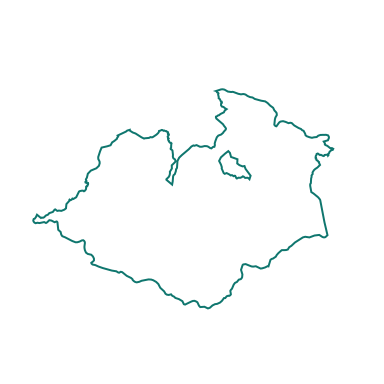 the district of Kambove, Katanga, Democratic Republic of the Congo, rotated 18°
{"feature_id": "63176286B84034630662614", "entity_name": "Kambove", "entity_type": "district", "adm_level": 2, "iso_a3": "COD", "parent_name": "Democratic Republic of the Congo", "parent_adm1": "Katanga", "projection": "albers", "projection_center": [26.544, -11.235], "detail": "fine", "context": "isolated", "style": "outline", "palette": "teal", "viewbox_px": 384, "rotation_deg": 18, "n_neighbors": 0, "source": "geoboundaries", "source_scale": "gbopen_adm2", "svg_char_len": 6022}
<svg xmlns="http://www.w3.org/2000/svg" viewBox="0 0 384 384"><g transform="rotate(18 192 192)"><path d="M273.6,98.2L268.6,97.1L265.5,95.6L264.0,95.8L262.5,96.7L259.4,96.4L256.7,96.5L254.7,97.5L254.1,98.0L253.4,99.0L252.0,103.4L251.0,103.5L249.5,102.6L248.4,97.3L248.3,95.3L248.9,92.6L248.1,90.8L246.9,89.9L245.2,89.0L243.1,86.8L239.7,85.7L236.4,84.0L233.6,83.2L229.5,83.8L222.9,84.1L220.4,83.4L217.8,83.8L215.1,83.5L212.9,82.8L211.6,82.8L210.4,83.0L208.4,84.0L205.7,84.3L200.6,84.1L199.6,84.2L198.4,84.8L195.1,85.4L191.3,84.6L189.5,84.8L188.0,85.4L183.7,88.5L184.0,88.5L185.1,89.5L186.1,89.6L186.7,90.0L186.7,91.2L188.1,93.5L188.4,94.6L189.8,95.1L191.5,97.0L192.3,96.9L192.9,97.9L192.3,98.7L192.8,100.5L194.0,101.5L195.7,101.4L197.7,102.2L199.3,102.5L198.0,104.3L197.7,106.4L195.0,109.0L194.0,110.6L193.2,111.0L192.5,112.1L191.5,112.9L191.6,113.5L192.4,114.6L200.6,118.0L201.9,119.1L203.9,120.4L204.7,121.2L204.8,122.2L203.5,125.1L203.3,126.1L202.0,128.3L199.6,130.2L198.7,132.3L198.5,136.5L198.6,138.8L199.3,140.4L199.3,142.1L198.6,142.3L197.9,142.9L197.0,144.5L195.8,144.6L193.4,143.9L192.1,143.8L189.8,144.4L187.4,145.9L186.5,146.2L185.5,146.5L181.9,146.0L179.9,147.3L178.9,147.3L177.4,148.9L175.8,152.2L170.9,160.1L169.2,163.3L168.6,167.0L170.2,173.4L170.2,174.4L169.8,175.3L170.2,177.2L170.1,180.4L169.3,181.6L169.2,182.9L170.4,188.0L170.8,191.1L163.9,188.3L163.7,187.8L165.3,184.7L165.5,182.8L165.2,180.7L164.7,179.7L165.6,175.9L164.5,172.9L166.3,169.5L166.8,168.3L166.7,167.5L165.8,166.3L163.9,165.7L162.9,164.4L162.4,162.5L160.6,158.6L159.4,157.9L158.6,157.9L158.2,157.1L158.4,156.2L157.6,153.4L157.5,152.1L156.7,151.7L156.2,152.0L155.6,151.8L154.3,151.0L154.1,150.2L153.3,149.9L152.7,148.6L153.1,148.2L151.9,147.2L151.7,146.6L152.3,145.4L152.2,144.4L151.3,144.5L151.0,144.1L151.0,143.1L150.6,142.5L149.7,142.5L148.9,142.0L147.9,142.3L146.6,142.1L145.9,142.6L144.9,142.2L143.9,142.4L143.0,143.4L141.8,144.1L141.9,145.5L141.5,146.6L140.5,148.4L138.0,151.6L137.1,152.4L135.6,152.6L134.3,153.9L130.5,155.5L129.9,156.0L127.1,155.6L120.2,153.8L117.2,153.7L113.8,152.8L113.6,152.1L111.4,153.6L110.5,155.0L103.9,161.2L104.6,161.6L104.7,162.1L104.1,163.2L104.2,164.5L102.4,167.4L100.7,169.5L100.1,172.7L97.3,174.7L92.3,177.7L92.0,181.6L92.0,187.7L92.7,189.6L94.6,191.5L95.3,193.1L95.4,195.8L93.7,199.0L89.2,202.9L87.3,206.8L87.6,210.8L87.2,212.7L87.3,213.2L88.3,214.2L87.5,215.4L87.8,215.9L89.3,216.0L90.3,215.6L90.7,216.3L90.8,217.0L90.3,218.3L90.6,218.5L90.2,219.4L89.7,219.7L90.3,221.9L89.9,223.6L89.0,224.7L87.9,224.4L87.0,224.7L85.2,225.7L84.4,226.5L83.5,232.8L81.3,235.3L80.3,235.2L79.9,236.5L78.9,237.4L77.9,237.1L77.8,237.5L78.1,238.2L76.3,242.3L77.2,246.5L76.1,248.2L73.6,250.3L71.1,250.8L70.0,251.5L69.2,251.5L67.4,250.8L66.8,251.2L65.8,254.0L62.8,256.2L62.0,258.1L60.3,259.5L59.2,261.7L58.2,262.6L57.1,262.7L56.4,263.4L51.6,261.5L51.3,264.1L50.7,265.9L49.8,266.6L49.8,268.0L50.4,269.0L51.6,269.8L52.9,270.0L54.5,269.0L56.5,268.7L60.7,266.3L62.7,266.6L63.6,265.6L65.0,262.9L67.1,262.6L70.7,263.2L72.2,261.9L72.7,261.9L73.4,262.4L76.5,269.3L79.4,270.6L80.8,272.9L82.3,274.1L85.3,274.3L93.2,275.6L96.8,275.8L98.5,275.2L100.4,273.9L102.2,272.1L103.4,271.5L104.5,271.8L105.5,272.7L105.9,273.6L106.5,276.9L107.0,278.4L108.1,280.4L109.9,282.4L112.0,283.1L115.6,282.8L117.7,283.9L119.3,285.6L119.9,287.3L119.5,288.4L118.1,290.5L118.5,291.1L119.8,291.7L122.7,291.4L126.1,291.8L130.7,291.9L140.0,291.5L144.6,290.8L146.4,291.3L147.6,291.3L148.9,289.9L150.4,289.8L155.8,291.9L160.7,292.6L162.3,293.3L162.8,294.0L164.2,294.7L165.6,295.1L166.7,295.1L167.4,295.0L169.6,293.7L171.5,292.0L177.6,288.6L180.2,287.9L182.4,287.9L185.7,288.6L188.4,289.9L191.4,292.9L196.2,295.1L198.3,297.0L199.8,297.4L201.7,297.1L203.7,295.8L205.3,296.8L207.4,297.1L208.9,297.9L212.6,297.9L216.6,298.8L218.9,301.2L220.2,301.2L225.3,296.3L226.6,295.3L228.1,294.7L230.2,294.9L231.3,295.3L233.8,298.0L235.4,298.9L239.3,297.3L243.1,297.8L244.1,297.1L244.9,296.4L246.5,293.6L248.5,291.6L250.5,290.6L252.8,288.5L254.1,286.3L255.2,283.0L256.4,282.6L257.2,280.5L258.6,279.4L259.3,279.4L260.3,278.4L260.6,277.3L259.0,274.2L259.2,273.2L259.9,271.6L260.3,267.1L261.0,265.1L262.5,263.7L263.6,260.9L265.3,259.8L265.8,258.8L266.0,257.5L265.4,254.8L262.7,250.9L262.7,245.9L263.1,245.1L265.3,244.0L271.5,244.4L273.1,244.1L275.7,242.9L280.9,243.6L282.2,243.0L284.8,241.2L286.9,239.1L287.7,239.1L287.6,232.2L288.5,231.0L289.5,230.4L291.7,227.6L292.0,225.9L293.0,223.5L294.7,220.6L295.3,219.6L299.3,218.2L300.9,217.1L301.5,214.5L303.2,212.4L305.5,208.2L311.5,200.9L313.5,199.6L317.7,198.9L322.0,195.5L326.3,193.5L330.1,194.5L331.6,194.4L332.8,193.7L334.2,191.2L327.3,179.8L316.5,160.2L316.0,159.6L313.7,158.1L308.1,155.9L305.5,155.2L302.5,149.6L302.0,148.0L302.3,146.9L301.1,142.2L301.1,140.8L300.6,139.3L301.2,137.6L300.6,136.1L301.2,133.6L302.1,132.0L303.7,130.0L305.4,126.7L303.8,125.0L303.6,124.3L302.9,124.2L301.9,123.4L300.7,123.3L300.1,122.2L299.5,122.1L299.3,121.1L298.9,121.1L298.6,119.6L298.9,118.4L298.8,117.3L299.6,116.6L300.3,116.6L301.6,117.2L302.4,117.3L303.0,116.8L305.7,117.2L305.9,116.9L306.4,116.8L306.7,115.8L308.9,114.8L309.6,114.7L310.1,115.4L310.4,114.7L309.8,113.5L310.4,112.5L310.4,111.1L311.2,110.0L311.4,109.1L312.8,108.5L313.0,107.3L311.5,107.0L310.6,107.4L309.7,107.5L306.5,106.3L304.5,106.1L303.7,105.8L303.4,104.7L301.7,103.3L305.3,100.8L305.5,98.2L305.1,97.2L303.9,96.1L301.8,96.2L296.6,98.0L294.7,99.4L293.6,101.2L291.1,102.3L289.3,103.4L286.7,103.6L284.0,103.5L282.5,103.0L281.6,101.6L279.2,99.3L277.7,99.2L276.2,98.4L273.6,98.2ZM213.9,141.9L216.0,143.1L218.3,146.6L225.1,146.8L226.2,150.9L228.8,151.8L232.2,152.0L233.9,151.1L235.8,153.5L242.7,158.4L242.7,162.1L241.4,161.4L240.3,161.3L238.2,162.2L236.3,161.4L235.5,161.4L234.8,162.5L233.5,163.6L231.8,164.0L230.5,165.3L230.0,165.2L228.1,163.3L227.4,163.4L226.7,164.1L224.8,163.6L223.6,164.3L222.3,163.8L219.1,163.3L217.5,164.6L216.3,164.2L213.0,160.5L212.7,159.2L211.1,157.0L208.2,154.1L208.8,150.1L211.7,145.1L213.9,141.9Z" fill="none" stroke="#0f766e" stroke-width="2"/></g></svg>